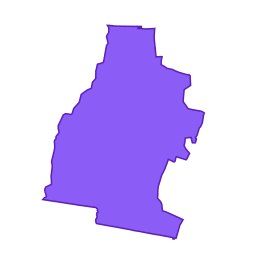 Svitenes pag., Rundales, Latvia, rotated 9°
{"feature_id": "27541924B70987770554483", "entity_name": "Svitenes pag.", "entity_type": "district", "adm_level": 2, "iso_a3": "LVA", "parent_name": "Latvia", "parent_adm1": "Rundales", "projection": "albers", "projection_center": [23.936, 56.379], "detail": "fine", "context": "isolated", "style": "filled", "palette": "violet", "viewbox_px": 256, "rotation_deg": 9, "n_neighbors": 0, "source": "geoboundaries", "source_scale": "gbopen_adm2", "svg_char_len": 5388}
<svg xmlns="http://www.w3.org/2000/svg" viewBox="0 0 256 256"><g transform="rotate(9 128 128)"><path d="M192.7,229.3L192.7,229.0L193.0,227.3L194.0,219.4L194.0,219.0L194.4,215.8L195.0,214.5L196.7,209.9L195.8,209.7L194.5,209.3L191.7,208.5L182.3,205.9L178.9,205.0L178.5,204.9L176.6,204.6L175.4,204.5L175.3,204.4L175.0,204.1L174.8,203.6L174.6,202.6L174.0,200.8L173.5,198.6L172.6,196.9L171.6,195.5L168.3,192.9L168.1,192.4L168.0,190.7L167.8,188.7L167.4,186.3L167.2,184.6L167.2,184.4L167.2,184.1L167.1,182.5L167.0,182.0L167.1,181.5L167.1,181.4L167.1,181.2L167.1,180.9L167.1,180.7L167.3,179.3L168.5,170.6L168.7,169.3L168.8,169.0L168.8,168.8L168.9,168.4L169.0,168.1L169.1,167.9L169.3,167.5L169.3,167.3L169.4,167.1L169.5,166.7L169.6,166.4L169.8,166.0L169.9,165.6L170.1,164.9L170.4,163.9L170.7,163.0L171.0,161.8L171.1,161.4L171.3,160.1L172.0,157.0L172.2,155.7L172.5,154.4L172.6,153.9L172.6,153.5L172.7,153.1L172.7,152.6L173.2,152.7L176.8,153.8L178.8,154.4L179.7,153.5L179.7,153.3L179.8,152.0L179.8,151.1L179.9,150.4L180.2,148.8L180.3,148.8L180.8,148.9L186.1,149.7L186.3,149.7L190.0,150.3L190.4,150.3L190.5,150.1L190.7,149.9L190.8,149.7L191.0,149.1L192.1,145.8L192.6,144.1L192.8,143.4L189.9,140.9L188.6,139.9L186.1,136.6L186.4,133.9L186.2,128.9L191.8,127.5L192.1,128.2L192.4,129.0L192.8,130.0L193.5,131.6L193.8,132.5L194.1,132.6L195.2,132.4L196.7,132.1L196.8,132.1L196.9,131.9L197.4,128.2L196.1,126.9L196.8,125.6L197.3,124.4L197.4,124.1L197.5,123.5L198.0,119.7L198.4,117.1L198.4,116.9L198.7,116.5L199.3,115.6L199.5,115.3L199.6,115.0L199.9,114.1L200.1,113.1L200.6,111.5L200.6,111.1L200.6,110.1L200.6,109.2L200.6,107.2L200.6,103.8L200.6,103.6L200.6,103.1L200.8,102.3L200.9,101.4L201.0,101.2L200.1,100.8L199.3,100.4L198.9,100.2L198.4,100.1L197.5,100.0L195.3,99.9L194.1,99.9L193.2,99.9L191.4,99.8L189.7,99.8L189.4,99.8L189.1,99.8L188.8,99.8L187.7,99.7L185.8,99.6L184.4,99.5L183.7,98.9L183.5,98.6L179.0,94.0L178.8,93.8L178.5,93.6L178.3,93.3L178.3,93.0L178.3,92.8L178.0,89.4L177.7,85.1L177.5,81.5L177.6,81.3L177.6,81.2L181.4,77.8L182.6,76.6L183.2,76.1L182.2,71.5L181.3,67.0L181.3,66.9L181.2,66.8L181.0,66.6L180.5,66.2L179.9,65.8L179.8,66.0L179.4,66.2L177.9,66.1L170.5,65.2L168.4,64.8L165.1,64.0L164.7,63.9L164.1,63.8L163.0,63.2L160.9,63.2L159.5,63.1L158.9,63.0L158.1,63.0L157.5,63.0L157.4,63.0L156.9,62.8L155.4,62.0L154.7,61.7L150.9,60.2L150.3,56.9L150.3,56.2L150.5,52.4L150.5,52.2L150.4,52.2L147.5,52.7L147.3,52.8L146.5,52.9L146.3,53.0L145.0,53.2L144.6,53.3L144.3,52.1L143.6,49.6L142.4,44.9L142.3,45.0L140.7,38.6L139.8,35.1L139.6,34.1L138.8,25.5L138.4,25.8L138.0,25.9L136.9,25.9L136.6,26.0L135.7,26.2L134.9,26.4L132.2,27.0L131.0,27.2L129.6,27.4L128.3,27.7L127.7,27.7L126.0,27.5L123.2,28.0L122.2,28.2L122.4,27.6L122.7,27.4L123.0,27.3L123.5,27.4L123.8,27.3L124.1,27.2L124.6,26.8L125.3,26.5L125.4,26.4L125.5,26.0L125.4,25.6L121.7,26.1L118.7,26.6L116.4,26.9L113.4,27.4L112.1,27.6L109.5,27.9L109.4,28.0L109.0,28.0L108.1,28.1L107.4,28.2L105.2,28.6L104.1,28.7L103.1,28.8L101.2,29.1L100.2,29.2L98.2,29.4L97.6,29.4L97.3,29.4L96.4,29.4L96.4,29.5L95.3,29.5L93.6,29.6L92.5,29.7L91.6,29.8L93.4,32.0L93.8,35.4L93.9,36.2L93.9,36.6L93.9,36.9L93.8,37.4L93.1,39.0L92.7,40.0L92.5,40.7L92.5,41.2L92.8,41.9L94.1,44.9L94.8,46.5L95.0,46.9L95.2,47.3L94.6,48.4L93.9,49.7L93.8,52.5L93.7,56.8L93.7,59.4L93.6,63.7L93.5,65.4L93.5,66.5L93.4,66.8L93.3,67.0L93.1,67.2L91.7,68.0L90.6,68.6L88.8,69.3L87.9,69.7L87.8,69.9L87.8,70.0L87.7,71.5L87.6,73.5L87.4,76.1L87.3,76.9L87.4,77.5L87.5,77.8L87.6,78.5L87.8,79.9L88.3,83.5L88.3,84.3L87.2,86.1L85.8,88.3L85.6,92.2L85.5,94.5L85.4,94.6L84.8,95.1L84.1,95.4L82.7,96.3L81.8,96.9L80.7,98.0L79.1,99.5L78.0,100.6L77.2,101.5L76.8,101.9L76.6,102.1L76.5,102.4L76.4,103.3L76.3,104.9L75.8,110.2L75.7,110.4L71.5,116.9L71.2,118.0L70.6,122.1L70.6,122.3L70.3,123.0L69.9,123.4L69.6,123.5L64.6,123.6L64.1,123.6L63.8,123.8L63.5,124.0L62.8,124.6L62.1,125.1L61.7,126.4L59.2,134.9L58.7,136.6L58.9,137.7L59.3,139.8L59.4,140.2L59.5,140.4L60.1,141.8L60.6,142.6L60.6,142.8L60.6,143.1L60.5,143.5L58.6,147.0L58.3,147.4L58.3,147.6L58.3,148.0L58.3,148.4L58.4,148.9L58.5,149.3L58.5,149.7L58.4,150.0L57.9,151.0L57.5,151.7L57.4,152.0L57.3,152.3L57.3,152.5L57.4,153.0L57.6,153.7L57.9,155.0L58.3,156.6L58.6,158.1L58.6,158.7L58.7,159.9L58.7,160.6L58.7,161.4L58.6,162.3L58.5,163.8L58.4,165.0L58.3,165.7L58.3,166.6L58.0,169.3L58.0,169.8L58.0,170.2L57.8,171.8L57.8,172.7L57.8,173.1L57.8,173.4L57.9,173.7L58.1,174.2L58.5,175.4L58.9,176.5L59.2,177.8L59.5,185.7L59.5,187.2L60.6,192.2L61.2,195.4L60.7,195.9L56.0,199.2L55.9,199.4L55.4,201.4L55.4,201.9L56.1,204.0L56.3,204.5L58.0,208.0L58.1,208.4L57.8,208.9L56.4,210.0L55.9,210.6L55.0,212.0L57.5,212.0L59.2,212.0L66.8,212.0L68.2,211.9L68.3,211.9L80.8,211.9L88.9,211.8L89.2,211.9L93.0,211.9L93.3,211.8L102.1,211.7L108.7,211.6L109.0,211.6L109.1,211.8L109.5,212.2L110.4,212.7L110.5,212.8L110.6,213.3L110.6,213.8L110.6,214.4L110.7,214.6L111.3,215.0L111.4,215.3L111.5,215.7L111.4,216.0L111.1,216.3L110.6,216.6L110.5,216.8L110.5,217.0L110.7,217.8L110.7,218.0L110.5,218.6L111.0,219.4L111.2,220.0L111.3,220.3L111.3,220.8L111.1,222.2L110.7,222.6L110.5,223.0L110.6,223.9L110.8,225.5L111.7,227.2L111.9,227.3L119.7,227.5L127.6,227.6L139.5,227.9L147.8,228.1L148.0,228.1L148.1,228.3L148.4,228.3L153.0,228.4L153.4,228.3L169.2,228.8L169.7,228.8L175.6,228.8L178.5,228.9L181.6,229.0L189.5,229.2L189.7,230.5L191.2,230.4L191.4,229.2L192.7,229.3Z" fill="#8b5cf6" stroke="#5b21b6" stroke-width="1.5"/></g></svg>